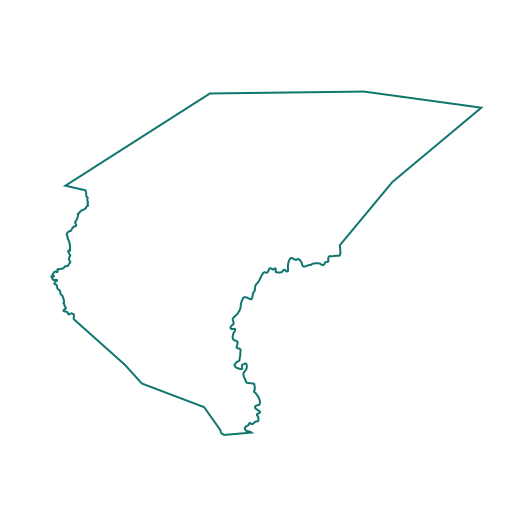 Macaracas, Los Santos, Panama, rotated 189°
{"feature_id": "35544464B79147268573624", "entity_name": "Macaracas", "entity_type": "district", "adm_level": 2, "iso_a3": "PAN", "parent_name": "Panama", "parent_adm1": "Los Santos", "projection": "albers", "projection_center": [-80.516, 7.678], "detail": "fine", "context": "isolated", "style": "outline", "palette": "teal", "viewbox_px": 512, "rotation_deg": 189, "n_neighbors": 0, "source": "geoboundaries", "source_scale": "gbopen_adm2", "svg_char_len": 6118}
<svg xmlns="http://www.w3.org/2000/svg" viewBox="0 0 512 512"><g transform="rotate(189 256 256)"><path d="M56.7,437.7L175.1,435.3L327.0,409.3L455.3,295.6L434.7,294.2L433.7,292.3L433.2,289.3L432.9,288.5L432.6,288.1L431.6,287.4L431.3,287.1L431.4,285.3L431.4,284.8L431.2,284.3L430.4,283.0L430.3,282.5L430.4,282.1L430.7,281.6L430.7,281.4L430.5,281.1L430.0,280.3L429.8,279.9L429.9,279.4L430.3,278.8L431.0,278.5L431.3,278.1L431.5,277.5L431.5,276.8L432.0,276.1L433.6,274.8L434.8,274.0L435.4,273.7L436.9,272.1L437.0,271.7L437.1,270.9L437.3,270.6L438.3,269.9L438.5,269.6L438.5,269.4L438.2,268.8L438.1,267.5L438.3,265.7L438.9,263.5L439.7,261.6L439.8,261.1L439.8,260.6L439.6,260.2L438.5,258.7L438.4,258.3L438.5,257.8L438.7,257.4L439.1,257.1L439.7,256.9L440.3,256.8L440.6,256.6L441.2,255.7L441.6,255.2L442.6,252.3L442.9,251.9L443.2,251.6L443.8,251.5L445.0,250.7L445.9,249.5L446.1,248.9L446.3,247.6L446.2,247.0L445.0,245.4L444.8,244.8L444.8,243.9L444.7,243.5L443.9,242.7L442.5,240.8L442.4,239.5L441.5,238.1L441.4,236.9L441.0,235.8L441.0,234.9L440.6,233.2L440.6,232.6L440.8,231.9L441.4,232.0L441.8,232.1L442.1,232.0L442.2,231.8L442.1,231.0L442.0,230.7L441.3,229.7L440.4,228.5L439.8,228.0L439.6,227.7L439.6,227.2L440.3,225.2L440.2,223.4L439.9,222.7L438.8,221.7L438.7,221.4L438.5,221.0L438.5,220.4L439.4,219.0L440.2,217.0L440.5,216.5L442.2,216.2L443.0,215.9L443.4,215.4L443.6,214.8L443.8,214.4L444.6,213.7L445.3,213.3L447.0,212.6L450.0,211.8L450.1,211.5L450.0,211.2L449.7,210.9L449.5,210.5L449.8,209.1L450.2,208.9L451.7,209.3L452.2,209.2L452.5,208.9L453.1,208.0L453.6,206.8L454.1,205.9L453.9,205.1L452.8,204.9L452.5,204.6L452.5,204.4L452.6,204.0L452.8,203.8L453.9,204.1L454.4,204.1L454.6,204.0L454.8,203.8L454.8,203.6L454.5,203.1L453.5,201.9L453.2,201.1L452.6,200.7L451.9,200.6L450.8,201.0L449.3,201.3L449.0,201.2L448.9,201.1L448.7,200.6L450.4,198.7L450.8,197.7L450.8,197.2L450.1,196.6L448.7,196.3L448.2,195.9L447.9,195.4L447.4,193.5L447.0,192.9L446.7,192.5L446.2,192.1L444.8,191.6L444.4,191.2L444.1,190.7L443.2,188.0L442.6,187.5L441.5,186.9L440.8,186.1L440.4,185.5L439.3,183.4L438.5,181.4L438.4,180.6L438.8,179.7L438.8,179.3L437.9,178.7L437.7,178.3L437.5,177.2L436.8,176.2L435.7,175.2L435.6,174.8L435.6,174.6L435.8,174.3L437.2,172.9L437.5,172.5L437.6,172.2L437.5,171.6L437.2,171.4L436.9,171.3L434.4,171.3L433.7,171.1L433.3,170.8L432.4,169.4L431.8,169.0L431.3,169.2L430.2,170.1L429.6,170.4L428.2,170.3L426.9,170.0L426.8,169.8L426.6,168.9L426.4,167.8L426.4,166.1L426.1,165.1L368.3,127.9L348.8,112.2L283.6,98.6L264.0,78.5L263.8,78.2L263.6,77.3L263.3,76.7L262.6,75.7L262.2,75.3L261.6,75.0L260.4,74.8L259.4,74.3L232.8,80.9L233.9,81.4L236.0,81.6L238.5,81.9L239.2,82.5L239.6,83.0L240.0,83.9L240.1,84.6L239.9,85.1L239.5,85.7L238.7,86.4L237.4,87.5L236.7,88.2L236.5,89.6L236.3,89.9L235.9,90.1L235.6,90.1L235.1,89.9L234.1,89.3L233.8,89.2L233.5,89.2L232.4,90.1L232.0,90.6L231.5,91.5L231.0,92.1L230.5,92.3L228.6,93.0L228.2,93.4L227.9,93.7L227.9,94.2L227.9,94.8L228.3,96.3L228.9,97.8L230.1,98.9L230.2,99.5L230.2,99.9L229.9,100.3L227.9,101.7L227.6,102.2L227.6,102.7L227.9,103.0L229.5,103.9L231.7,104.8L232.3,105.1L233.2,106.0L233.4,106.8L233.2,107.4L232.7,108.0L230.6,109.1L229.8,109.4L229.5,109.7L229.2,110.6L229.1,111.2L229.2,112.3L229.7,113.8L230.5,115.5L232.4,118.1L234.5,120.0L235.0,120.7L236.8,121.6L236.8,122.3L236.4,123.9L236.4,124.7L236.6,125.7L237.7,129.3L238.1,129.5L239.7,129.6L244.5,129.3L245.5,129.5L245.9,129.8L246.3,130.4L246.7,131.1L247.1,131.9L249.0,134.8L249.8,136.5L250.0,137.8L249.7,139.3L249.0,140.7L248.5,141.3L247.9,142.7L247.7,144.1L247.8,145.6L248.2,147.0L248.6,147.8L248.9,148.0L249.3,148.1L250.2,147.9L251.5,147.1L252.2,146.6L252.6,146.2L252.8,145.8L252.8,145.2L252.0,142.6L252.2,142.2L252.5,142.0L253.2,141.9L255.5,142.1L258.0,142.7L258.7,143.1L259.6,143.7L259.9,144.2L260.1,144.8L260.1,145.4L258.9,147.6L257.8,148.8L256.5,149.6L256.1,150.3L256.1,153.1L256.0,155.0L256.2,156.2L256.5,160.7L256.9,161.4L257.4,161.7L257.8,161.9L258.9,161.9L259.6,162.0L260.4,162.3L260.8,162.6L260.9,163.0L260.9,163.9L260.6,165.6L260.6,167.1L260.6,167.9L260.9,168.3L261.3,168.6L261.9,168.9L264.9,169.6L265.7,170.4L266.2,171.2L266.4,172.0L266.4,174.8L265.9,176.9L265.4,178.2L265.0,179.3L265.0,180.1L265.1,180.4L265.6,180.6L266.2,180.6L268.8,180.0L269.5,180.3L269.8,180.7L269.9,181.1L269.9,182.0L269.5,182.9L269.1,183.5L267.8,184.9L267.5,185.5L267.7,186.6L268.1,187.4L269.0,189.4L269.1,190.4L269.0,190.9L268.7,191.5L267.0,193.5L264.9,196.7L264.4,197.9L263.4,201.0L263.2,202.2L263.2,203.5L263.4,205.2L263.3,206.4L263.3,207.3L262.9,209.6L262.3,212.0L262.2,212.4L261.7,213.0L261.3,213.4L260.5,213.6L258.7,213.6L256.1,212.7L255.6,212.7L254.2,212.6L253.9,212.6L253.6,212.9L253.3,213.8L253.1,214.7L253.2,216.0L253.1,218.8L252.8,219.7L251.8,221.5L252.0,225.5L252.0,226.4L251.8,227.1L250.8,228.9L249.8,230.3L248.9,232.7L247.7,236.8L246.3,240.2L245.9,240.7L245.1,241.3L244.5,241.3L243.0,241.1L242.6,241.2L242.2,241.5L241.1,244.5L240.9,245.4L240.5,245.9L240.1,246.1L239.4,246.1L237.0,245.3L236.6,245.4L235.8,246.5L235.3,246.7L235.0,246.7L234.6,246.4L234.4,246.0L234.2,243.7L234.0,243.4L233.7,243.3L232.9,243.1L230.1,243.3L228.3,244.0L227.7,244.5L226.7,246.3L226.4,246.7L226.0,246.8L225.6,246.8L225.1,246.7L224.5,246.2L223.5,245.5L223.0,245.5L222.3,246.0L222.1,246.3L222.1,247.0L222.9,250.8L223.0,252.2L223.0,254.5L222.6,256.6L222.0,258.5L221.8,258.9L221.2,259.3L220.8,259.5L220.0,259.7L218.4,258.8L217.2,258.6L215.8,258.5L215.3,258.7L214.2,259.6L213.8,259.6L213.1,259.4L211.6,258.5L210.3,257.1L209.7,256.2L208.9,254.3L208.0,253.2L207.1,253.1L206.5,253.2L205.0,253.7L203.5,254.8L201.6,255.5L200.4,255.7L199.9,256.1L199.6,256.7L199.1,257.1L198.5,257.4L197.5,257.6L196.2,258.2L194.0,258.4L192.8,258.6L192.1,258.6L191.6,258.5L190.7,258.0L190.3,257.8L188.9,257.4L188.3,257.5L187.3,258.3L187.2,258.7L187.0,259.8L186.1,260.9L185.7,261.2L184.1,261.5L183.8,262.0L183.7,262.3L184.3,264.9L184.3,265.7L184.0,266.5L183.2,267.4L182.8,267.5L181.8,267.5L181.2,267.5L178.0,268.5L174.8,269.1L173.9,269.4L173.5,269.6L173.3,270.0L173.1,271.2L173.2,272.9L174.0,276.1L174.1,276.7L174.9,279.7L132.9,350.4L56.7,437.7Z" fill="none" stroke="#0f766e" stroke-width="2"/></g></svg>